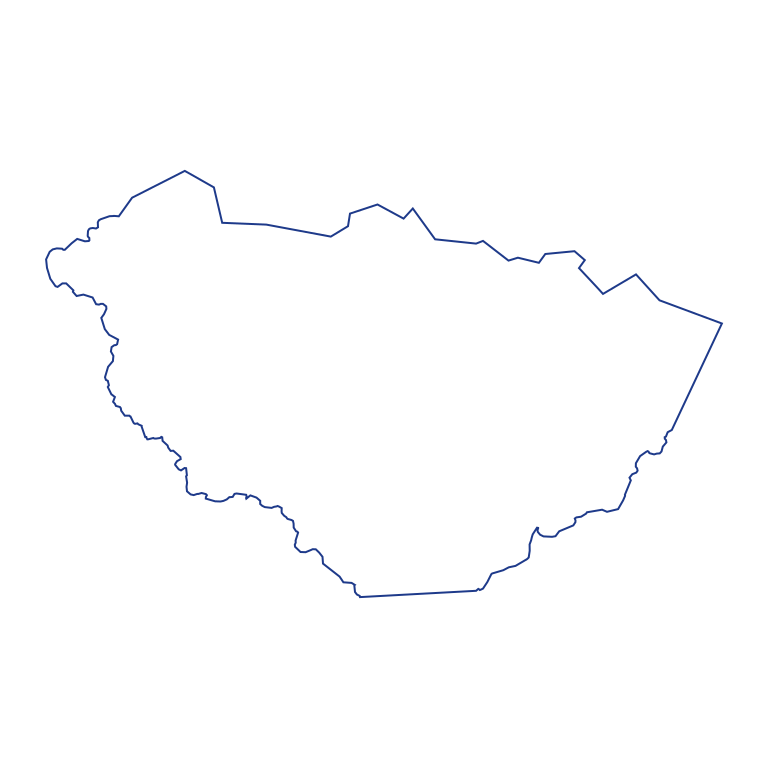 the district of McDowell, West Virginia, United States of America
{"feature_id": "52423323B38725266060317", "entity_name": "McDowell", "entity_type": "district", "adm_level": 2, "iso_a3": "USA", "parent_name": "United States of America", "parent_adm1": "West Virginia", "projection": "natural_earth1", "projection_center": [-81.736, 37.375], "detail": "fine", "context": "isolated", "style": "outline", "palette": "blue", "viewbox_px": 768, "rotation_deg": 0, "n_neighbors": 0, "source": "geoboundaries", "source_scale": "gbopen_adm2", "svg_char_len": 3547}
<svg xmlns="http://www.w3.org/2000/svg" viewBox="0 0 768 768"><path d="M114.0,215.9L113.9,216.0L109.5,216.2L100.8,219.2L98.9,220.3L97.8,222.3L98.0,227.3L96.0,228.5L92.8,228.0L90.2,228.4L88.9,229.3L88.0,231.1L87.7,235.7L87.9,236.6L89.3,238.0L89.4,240.3L88.8,241.0L84.9,241.3L77.2,238.9L71.6,243.3L64.8,249.8L63.3,249.8L62.1,248.7L56.8,248.4L52.7,249.4L49.7,251.8L46.1,259.4L47.0,267.9L50.3,278.8L55.5,286.2L57.6,286.9L62.4,283.4L66.2,283.4L73.4,290.4L72.9,291.8L76.6,296.0L83.4,294.6L92.6,297.5L96.1,304.2L99.0,304.6L100.7,303.9L103.0,303.9L106.2,306.4L106.4,308.9L104.0,314.2L101.3,317.9L104.8,329.1L109.2,334.9L118.1,339.6L117.1,344.2L115.8,345.1L114.3,345.2L111.6,347.1L110.9,351.5L113.4,355.9L112.9,361.1L108.1,366.8L105.0,377.2L105.9,379.9L107.8,380.8L108.9,385.2L107.8,387.0L111.4,394.4L111.7,394.5L114.9,397.0L113.1,401.8L115.0,403.9L115.9,405.9L119.9,407.0L120.8,408.2L121.2,410.7L124.8,415.7L129.4,415.7L129.9,416.3L130.5,416.5L133.4,422.5L134.0,423.3L134.9,423.8L135.3,423.8L137.5,423.4L138.3,424.3L141.7,425.8L141.7,426.8L145.2,437.0L145.7,436.9L146.3,437.0L146.4,437.7L147.3,439.3L148.2,439.3L153.3,438.0L154.1,438.5L155.9,438.6L160.1,438.0L161.3,436.9L162.2,437.3L162.6,440.9L167.6,445.5L168.2,447.6L170.6,450.9L173.3,450.7L180.4,457.0L180.7,459.1L177.0,461.2L175.3,463.8L175.1,464.6L175.5,465.4L176.0,465.9L178.7,469.3L181.0,470.4L184.6,468.0L186.1,468.2L186.9,475.3L186.6,475.7L186.1,476.3L187.1,482.7L186.5,486.8L187.0,491.3L190.6,494.4L193.7,495.1L197.3,493.9L198.1,494.0L201.6,493.0L205.9,494.1L206.9,495.2L205.9,497.0L205.8,498.6L215.1,501.3L220.5,501.5L223.4,500.9L226.8,499.4L229.4,497.1L230.8,497.1L232.7,496.9L234.5,493.9L236.6,493.5L246.2,494.8L246.6,496.4L246.1,498.1L246.3,498.7L249.6,496.0L250.4,495.4L256.5,497.6L260.2,500.8L260.2,504.0L262.2,505.8L264.8,507.1L271.6,507.9L274.2,506.8L275.5,506.6L276.6,506.4L277.6,506.0L279.1,506.6L281.7,508.1L281.6,510.7L281.6,511.7L281.8,513.0L284.2,515.8L286.3,517.2L287.1,518.5L287.9,519.0L291.5,520.0L293.0,520.9L293.6,523.7L293.7,527.6L296.1,531.3L297.4,531.7L298.1,532.6L295.6,540.5L295.7,542.7L294.8,544.7L295.1,546.8L299.8,551.3L300.5,552.0L305.6,552.2L310.7,550.1L312.7,549.2L315.8,549.3L319.2,552.6L322.5,556.8L323.0,563.6L339.6,576.6L343.4,582.3L351.6,582.9L354.8,584.9L354.3,585.3L355.0,592.0L356.9,594.5L359.7,595.9L360.0,597.1L476.1,590.8L478.3,588.9L479.4,589.5L479.8,590.0L480.5,589.8L483.0,588.6L487.3,582.1L491.3,574.2L492.1,573.5L503.3,570.2L508.8,567.3L515.5,565.9L527.2,559.0L528.7,557.5L529.7,550.8L529.6,544.4L531.1,540.4L531.8,537.4L532.7,534.4L537.0,527.7L538.1,527.9L538.1,528.8L537.4,529.5L537.8,531.9L540.1,534.7L543.5,536.4L552.1,536.8L555.5,536.2L559.2,531.3L573.3,525.4L575.4,522.2L575.5,520.5L574.8,518.5L576.4,517.4L581.1,516.7L586.1,513.6L586.9,512.3L602.1,509.7L607.0,511.8L618.1,509.1L623.1,500.4L625.1,495.8L624.9,494.8L625.5,493.3L630.8,480.4L629.5,477.7L632.3,474.2L636.3,472.6L637.6,470.7L637.1,468.4L635.8,466.7L635.9,463.2L640.1,456.1L646.2,451.8L647.6,451.1L648.5,451.6L649.4,453.1L650.2,453.4L654.1,454.4L656.8,453.6L659.7,453.4L661.5,451.5L662.8,446.6L666.4,442.4L666.0,440.1L664.8,438.7L664.7,437.2L666.0,436.5L667.0,433.9L667.7,432.2L671.8,430.0L721.9,323.5L659.5,300.3L636.0,274.4L603.0,293.9L596.7,287.0L579.0,268.1L584.8,260.1L574.5,251.2L545.3,254.0L538.9,262.8L517.9,257.7L508.5,260.6L483.0,240.9L476.1,243.6L435.1,239.3L412.8,208.5L403.6,218.6L377.5,204.5L350.0,213.6L348.0,226.2L330.8,236.6L266.3,224.6L222.2,222.8L213.9,187.4L184.8,170.9L132.1,197.7L118.8,216.3L114.0,215.9Z" fill="none" stroke="#1e3a8a" stroke-width="2"/></svg>